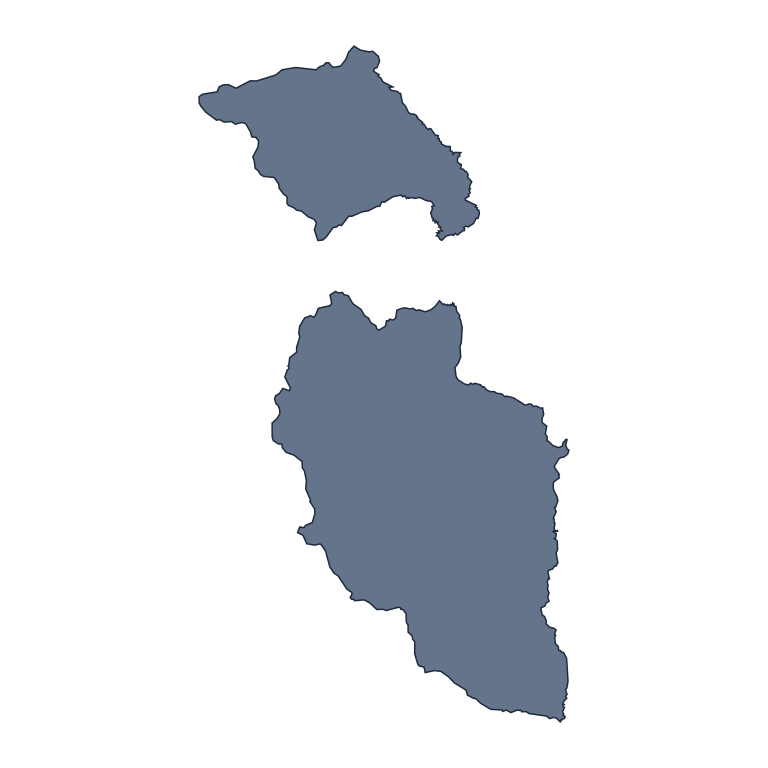 the district of Luwu, Sulawesi Selatan, Indonesia
{"feature_id": "22746128B94521952332625", "entity_name": "Luwu", "entity_type": "district", "adm_level": 2, "iso_a3": "IDN", "parent_name": "Indonesia", "parent_adm1": "Sulawesi Selatan", "projection": "orthographic", "projection_center": [120.247, -3.167], "detail": "fine", "context": "isolated", "style": "filled", "palette": "slate", "viewbox_px": 768, "rotation_deg": 0, "n_neighbors": 0, "source": "geoboundaries", "source_scale": "gbopen_adm2", "svg_char_len": 6079}
<svg xmlns="http://www.w3.org/2000/svg" viewBox="0 0 768 768"><path d="M350.2,597.6L351.8,599.4L353.7,599.0L354.5,600.7L364.2,599.9L369.7,602.9L376.8,609.5L383.3,609.3L386.1,610.5L398.4,607.3L400.3,607.6L400.9,609.4L402.6,609.3L406.0,613.5L406.4,622.5L408.1,625.2L408.1,632.2L412.0,635.7L412.7,639.3L414.8,641.7L414.7,653.7L417.7,663.9L419.0,665.9L424.0,667.1L425.2,672.6L434.2,670.6L440.8,671.3L448.9,677.1L454.4,683.0L466.1,690.1L467.4,695.1L473.8,698.5L475.9,698.6L480.6,703.3L490.7,709.3L502.1,710.0L502.7,711.4L506.4,710.1L510.8,712.6L516.9,710.2L521.1,710.5L521.6,711.7L526.4,711.7L528.7,713.5L546.5,716.1L549.6,718.6L553.4,717.5L556.2,718.0L560.2,721.9L561.6,720.4L561.2,719.5L564.5,718.5L565.1,716.7L563.2,715.7L563.8,714.8L562.6,711.9L564.5,707.3L563.1,706.9L562.7,704.6L565.0,704.7L562.7,704.3L563.9,701.2L566.8,698.2L565.5,696.3L567.1,694.3L565.4,689.8L566.9,687.9L568.0,681.3L566.6,658.4L563.5,652.4L561.4,652.2L560.7,650.7L558.6,650.1L558.3,646.5L555.3,643.5L554.7,637.2L555.7,635.4L554.6,633.9L556.1,630.0L554.0,628.3L549.6,627.2L546.2,623.9L546.2,620.4L544.5,616.5L542.2,614.8L541.0,609.2L541.1,607.8L544.8,606.1L546.1,603.1L549.1,601.2L547.7,597.2L549.0,593.0L547.4,588.7L548.1,585.9L547.2,581.9L548.5,578.7L549.5,578.8L547.8,571.9L549.5,569.8L552.4,569.2L554.6,566.1L556.1,566.1L557.9,562.7L556.1,553.0L557.6,549.7L557.3,541.0L554.4,538.5L555.6,538.1L556.4,533.9L553.4,531.8L557.6,531.2L557.4,530.5L553.0,531.7L555.0,530.2L554.1,528.9L555.0,523.2L554.1,522.8L554.2,519.1L553.2,518.4L556.2,511.7L554.4,507.4L555.7,507.0L557.9,500.8L557.0,496.6L553.6,489.9L553.1,485.4L553.6,482.0L559.3,477.9L558.7,475.6L559.4,474.5L554.1,466.8L558.5,459.3L560.4,457.7L563.9,457.1L567.8,453.9L568.9,450.1L567.1,449.0L565.7,445.1L567.0,439.6L565.9,439.3L562.8,443.2L562.4,446.1L558.7,447.6L552.9,445.6L548.4,441.2L547.1,441.0L547.2,436.6L545.3,434.0L546.7,426.1L542.0,422.4L542.2,418.0L543.7,414.5L542.6,407.9L540.9,408.2L536.1,406.0L533.2,406.5L531.7,404.4L529.1,403.9L525.4,405.3L513.6,397.9L506.5,396.1L505.1,396.8L501.7,393.9L496.5,393.2L494.3,391.6L490.2,391.6L486.6,389.9L483.9,386.8L482.0,386.7L480.8,384.9L474.8,383.3L472.4,384.3L470.8,383.1L468.4,385.0L464.3,383.9L457.6,379.5L456.0,376.0L455.0,367.6L458.4,362.9L460.7,357.1L460.0,346.2L461.3,342.8L462.2,327.2L460.4,319.4L459.3,318.5L459.7,315.4L456.7,311.4L455.9,306.3L454.2,306.3L453.9,303.6L452.6,302.9L452.3,305.2L450.7,304.4L450.0,305.5L447.6,304.5L446.8,305.4L444.2,303.9L442.8,304.3L439.5,300.7L435.1,306.4L430.9,309.8L425.2,311.8L419.1,309.8L416.3,310.5L412.9,308.3L409.8,309.0L405.2,307.8L401.4,308.5L396.9,310.2L395.7,318.0L393.3,320.0L389.4,319.2L388.7,321.0L386.6,320.7L385.4,326.2L378.9,330.1L376.9,328.9L375.8,325.7L370.7,322.6L368.6,318.2L364.6,315.7L361.1,309.5L352.8,303.6L348.1,295.6L344.0,294.7L342.3,292.4L338.6,293.0L335.5,291.4L330.0,295.0L331.7,303.2L330.1,305.6L318.3,308.3L315.3,315.9L313.5,317.1L310.6,315.7L304.7,317.9L299.6,326.3L298.8,333.3L299.8,337.1L296.6,347.2L296.6,352.2L289.7,357.6L288.7,365.6L287.9,366.0L289.0,367.2L288.7,368.9L287.2,370.1L284.8,377.1L290.5,388.0L289.2,390.7L282.8,388.4L279.4,393.5L275.6,395.7L274.6,398.9L276.1,403.9L278.2,405.6L279.7,409.6L279.8,413.9L276.9,418.7L272.1,423.0L272.2,436.9L273.3,440.6L278.5,444.0L282.0,444.1L282.3,447.8L286.2,452.4L294.1,455.2L302.1,461.6L302.3,467.9L304.4,470.9L306.4,480.7L305.7,488.9L310.5,500.1L309.8,501.4L314.7,508.9L314.9,513.6L312.3,522.5L305.5,525.4L304.1,527.6L299.7,527.0L297.6,532.7L302.9,535.2L306.8,543.8L314.4,545.1L319.7,544.0L321.1,544.5L325.6,551.2L329.9,567.1L334.2,573.4L338.0,575.7L347.0,589.3L351.6,592.3L352.1,593.9L350.2,597.6ZM440.2,239.6L441.9,240.3L446.0,236.1L451.6,234.6L453.5,235.5L454.9,233.5L457.5,235.0L462.6,230.9L464.4,230.6L464.6,228.7L463.6,227.8L464.6,226.8L466.3,226.2L468.2,227.0L473.6,223.4L476.2,218.2L478.0,218.4L479.4,213.6L478.8,210.2L476.9,209.4L477.2,207.6L475.2,206.8L476.3,205.4L465.4,200.1L465.3,198.3L469.0,196.3L468.2,195.0L470.1,192.9L469.3,189.6L470.4,188.8L469.5,188.2L469.8,185.7L471.7,181.7L467.5,177.0L468.1,175.0L467.3,172.8L465.7,171.1L464.8,171.4L463.5,169.3L460.7,168.8L461.3,164.6L457.6,162.4L457.4,159.0L458.2,156.9L459.8,156.3L459.3,154.4L460.8,152.6L454.4,152.4L453.2,154.5L452.2,151.5L450.3,151.0L450.3,146.6L445.5,146.2L441.2,143.8L441.3,142.1L439.2,140.5L439.3,138.7L437.9,138.4L438.3,135.7L435.0,134.9L431.1,129.0L429.3,128.5L428.3,129.6L426.7,128.3L424.0,124.2L422.2,123.9L422.7,122.4L417.2,118.1L417.7,117.2L415.8,115.0L413.0,113.8L411.2,114.4L408.3,112.2L405.9,106.7L402.4,102.7L400.6,93.4L398.8,93.1L397.6,91.5L391.1,90.2L389.0,87.5L392.8,86.9L383.1,82.0L380.9,78.2L378.0,76.1L379.1,74.8L373.5,71.2L374.8,68.1L377.0,67.7L379.6,60.9L378.3,56.3L372.7,51.3L368.9,51.8L360.3,50.1L354.0,46.1L348.6,52.1L346.0,59.1L340.7,66.0L333.8,67.3L331.7,66.3L329.0,62.8L326.0,62.7L323.9,65.1L319.1,67.1L316.2,69.8L295.8,67.5L283.7,69.5L281.9,69.9L275.8,75.0L256.4,81.0L250.3,80.8L236.0,88.2L228.5,84.7L223.1,84.9L219.1,86.9L217.2,91.8L202.6,94.2L199.1,96.6L199.2,102.9L200.6,105.8L205.5,111.9L216.5,120.2L219.5,119.6L224.1,122.1L231.5,121.6L235.5,124.2L241.6,122.5L245.7,123.6L250.4,131.8L251.9,136.9L256.1,137.5L258.5,140.9L258.2,146.6L252.8,157.0L254.1,160.1L255.2,168.4L258.2,170.7L260.3,174.4L263.6,176.4L274.2,177.5L278.5,183.8L279.3,188.4L283.7,194.3L286.2,195.8L287.2,198.3L287.0,203.3L288.4,205.4L293.5,207.5L296.5,210.1L301.5,211.1L308.2,216.8L314.4,219.5L316.4,223.1L314.4,229.8L317.9,240.5L322.9,240.0L326.3,236.9L333.1,227.6L336.6,227.0L339.0,224.9L341.5,225.6L348.8,216.1L351.5,216.4L362.2,211.8L368.7,210.6L376.9,206.4L379.7,206.3L381.9,201.6L384.2,202.3L392.8,196.8L401.0,195.1L402.7,196.8L404.9,195.7L406.4,198.5L408.0,197.5L408.5,198.3L411.6,197.6L415.2,198.4L419.7,197.4L425.7,200.4L431.6,201.6L434.1,205.8L431.8,206.3L432.4,209.1L430.7,212.7L432.3,218.3L433.4,218.7L432.9,220.6L434.1,220.2L435.1,222.5L435.9,221.0L436.6,222.6L438.1,222.1L437.7,223.8L439.4,226.1L438.8,226.9L440.7,227.1L440.1,228.2L442.2,231.0L438.5,230.8L439.4,232.9L436.9,232.8L437.8,234.0L436.4,235.8L438.4,236.5L440.2,239.6Z" fill="#64748b" stroke="#1e293b" stroke-width="1.5"/></svg>